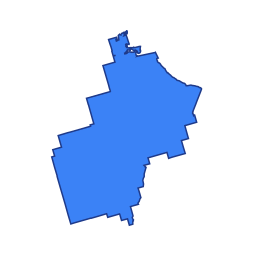 Benito Juárez, Sonora, Mexico (Natural Earth projection), rotated 164°
{"feature_id": "50627088B53965479624602", "entity_name": "Benito Juárez", "entity_type": "district", "adm_level": 2, "iso_a3": "MEX", "parent_name": "Mexico", "parent_adm1": "Sonora", "projection": "natural_earth1", "projection_center": [-109.898, 27.098], "detail": "fine", "context": "isolated", "style": "filled", "palette": "blue", "viewbox_px": 256, "rotation_deg": 164, "n_neighbors": 0, "source": "geoboundaries", "source_scale": "gbopen_adm2", "svg_char_len": 5276}
<svg xmlns="http://www.w3.org/2000/svg" viewBox="0 0 256 256"><g transform="rotate(164 128 128)"><path d="M153.5,34.2L149.9,34.2L149.1,37.2L148.5,37.2L148.2,38.1L148.4,38.1L148.6,40.8L148.2,41.3L147.7,41.8L147.4,42.0L147.3,51.8L139.0,51.8L139.2,52.7L138.7,53.5L137.8,54.1L137.4,54.5L136.0,56.6L134.8,57.5L134.8,64.3L134.9,67.5L129.5,67.5L129.2,68.2L128.5,69.9L128.2,73.6L127.4,75.0L126.9,75.7L126.3,76.3L125.9,76.7L125.7,77.3L125.1,79.4L122.7,83.3L121.6,85.0L122.1,85.4L121.8,85.9L122.1,86.2L122.9,87.7L117.0,87.6L117.0,93.8L103.7,93.8L97.3,93.8L97.3,87.6L96.0,87.7L93.6,87.8L80.0,87.7L80.1,93.8L80.1,97.8L80.1,101.2L72.8,101.2L72.8,104.6L72.7,114.6L60.4,114.6L60.4,122.1L60.8,122.2L61.1,122.1L61.5,121.9L61.4,122.7L61.4,123.2L61.5,123.6L61.7,123.8L61.9,124.0L61.7,124.5L61.1,125.6L61.3,125.7L61.1,126.0L56.4,132.1L55.0,134.0L54.8,134.3L53.5,136.0L48.0,143.2L46.5,145.3L46.6,145.7L46.7,146.1L47.2,146.6L47.3,146.8L47.6,147.0L47.8,147.0L48.1,147.1L48.4,147.4L48.7,148.0L49.1,148.4L49.3,148.5L49.8,148.8L50.0,148.8L50.6,149.2L51.1,149.4L52.0,150.1L52.3,150.2L53.4,150.7L53.9,151.0L54.3,151.0L54.7,151.3L55.3,151.7L56.1,152.0L58.5,152.2L59.1,152.3L59.4,152.3L59.7,152.5L60.4,152.6L60.5,153.4L60.8,154.3L61.0,154.8L61.3,155.3L61.8,155.6L62.7,156.0L62.8,156.3L63.3,156.7L63.5,156.8L64.1,157.5L65.0,158.4L65.4,159.0L66.3,159.6L66.7,159.8L67.1,160.0L67.7,160.3L67.9,160.9L68.2,161.3L68.5,162.0L69.0,162.4L69.8,163.4L70.0,163.8L71.0,164.4L71.4,164.9L71.7,165.5L72.2,166.3L72.4,166.9L72.7,167.3L73.0,167.7L73.3,168.1L73.5,168.5L73.9,169.0L74.1,169.3L74.2,169.8L74.5,170.1L75.0,170.2L75.0,170.3L76.0,173.2L76.0,174.1L76.1,174.5L76.2,174.8L76.4,175.2L77.0,175.6L77.3,176.1L77.8,177.2L78.3,178.0L78.7,178.7L79.0,179.5L79.1,180.2L79.4,180.9L79.7,181.5L79.8,181.5L80.3,182.2L80.7,182.4L81.0,182.9L81.3,183.4L81.4,183.7L81.2,184.3L81.4,185.2L81.4,185.6L81.3,186.6L81.1,186.9L80.7,187.0L80.1,186.9L79.7,186.9L80.8,193.2L81.0,193.1L99.2,194.4L99.0,194.5L99.1,194.8L99.3,195.0L99.5,194.9L99.8,195.2L100.0,195.3L100.1,195.6L100.1,196.1L100.1,196.7L100.0,197.2L99.5,198.2L99.1,198.6L99.0,198.9L99.3,199.0L99.6,199.1L100.0,199.0L100.4,199.1L100.6,199.4L101.3,199.6L101.6,199.3L101.8,199.3L102.0,199.4L102.6,199.6L102.8,199.6L103.0,199.6L103.4,199.9L103.5,199.9L103.8,199.8L104.0,199.9L104.1,200.0L104.4,200.2L105.0,200.5L105.7,200.9L106.1,200.9L106.6,200.9L106.8,200.9L107.0,201.0L107.4,201.1L107.5,201.0L107.8,200.5L108.5,200.1L109.0,200.0L109.3,200.1L109.6,200.1L109.7,200.3L109.8,200.3L109.8,200.2L110.1,200.2L110.4,200.1L110.6,200.1L110.6,200.8L110.4,200.8L110.0,201.0L109.8,201.1L109.7,201.2L108.6,201.8L108.4,202.0L108.2,201.8L108.0,202.0L107.8,202.1L107.6,202.2L107.5,202.5L107.4,202.9L107.3,203.1L107.0,203.3L104.5,202.1L104.2,203.3L102.7,202.8L101.7,201.6L100.7,200.8L99.7,201.0L99.6,200.7L99.1,200.6L98.8,200.3L98.5,200.1L98.3,199.8L98.1,199.4L97.9,198.6L97.9,197.9L98.0,197.6L98.0,197.4L97.4,196.9L97.1,196.8L96.8,196.8L96.6,196.8L95.9,197.2L95.7,197.1L95.0,197.8L94.8,198.3L94.6,198.6L94.6,198.9L94.7,199.1L94.8,199.3L94.7,199.3L94.6,199.6L94.6,199.9L94.4,201.1L93.5,203.0L93.9,203.2L94.5,203.2L94.8,203.3L96.6,203.3L98.0,203.4L98.3,203.3L98.7,203.3L99.2,203.5L100.0,203.8L100.3,204.0L100.4,203.6L103.8,204.7L105.0,204.7L106.8,205.6L106.4,206.0L106.3,206.3L106.5,206.4L106.9,206.4L107.1,206.5L107.3,206.5L107.5,206.7L107.6,206.9L107.5,207.0L107.3,207.1L107.0,207.4L106.3,207.5L106.2,207.6L106.3,207.7L106.5,207.7L106.7,207.8L106.7,208.0L106.9,208.1L106.9,208.3L107.1,208.5L107.2,208.4L107.3,208.4L107.3,208.8L107.2,209.0L106.9,209.1L106.7,209.0L106.5,208.8L106.3,208.9L106.3,209.2L106.2,209.2L106.3,208.9L106.4,208.7L106.5,208.6L106.3,208.3L106.2,208.2L105.5,208.5L105.4,208.4L105.3,208.5L104.9,208.4L104.6,208.5L104.6,208.4L104.3,208.2L104.2,208.2L104.1,208.3L103.8,208.2L103.7,208.0L103.6,207.9L103.4,207.8L103.5,207.9L103.7,208.4L103.8,209.4L103.9,211.9L104.0,215.6L104.1,216.5L104.1,217.1L104.1,217.5L104.3,217.9L104.5,218.2L105.1,218.1L105.3,218.0L105.3,217.9L106.4,217.8L106.2,218.0L106.0,218.3L105.9,218.9L105.7,219.2L105.4,219.1L104.9,219.1L104.6,219.4L104.4,219.4L103.9,219.3L103.1,218.8L102.9,218.9L102.5,219.7L102.3,220.7L102.1,221.3L102.2,221.6L102.6,221.8L102.8,221.6L102.8,221.3L102.9,221.2L103.6,221.1L103.9,221.1L104.0,221.1L104.0,220.7L104.4,220.6L104.7,220.6L104.8,220.4L105.1,220.4L105.2,220.1L105.3,220.0L105.7,219.9L105.9,220.1L106.0,220.4L106.0,220.7L105.8,220.8L105.7,220.9L105.7,221.1L105.9,221.1L106.1,221.1L106.8,220.8L107.3,220.6L107.8,220.6L108.0,220.7L108.5,220.3L109.0,219.9L109.2,219.7L109.2,219.4L109.5,219.5L110.2,220.0L110.3,220.4L111.8,219.7L112.5,215.2L114.3,215.2L114.3,214.9L115.2,214.8L115.2,216.4L114.0,215.9L114.0,218.4L122.3,218.4L122.2,214.2L122.0,210.8L122.0,206.7L122.4,206.4L122.4,201.5L119.9,201.3L122.4,201.1L122.4,194.9L134.9,194.9L134.8,174.8L134.9,171.5L134.8,168.3L135.0,168.2L135.1,167.9L159.7,168.0L159.7,161.5L159.6,161.3L159.7,141.4L163.5,141.4L163.5,140.0L184.6,140.0L187.3,140.1L197.2,140.0L197.2,127.9L206.3,127.9L206.3,121.2L209.3,121.2L209.3,117.9L209.4,110.9L209.3,101.3L209.5,101.0L209.5,87.7L209.4,71.6L209.5,60.9L209.4,51.5L206.2,51.6L197.1,51.6L188.6,51.6L188.2,51.4L181.6,51.4L172.2,51.5L172.1,47.7L159.8,47.7L159.7,46.5L159.7,40.9L153.5,40.8L153.5,34.2Z" fill="#3b82f6" stroke="#1e3a8a" stroke-width="1.5"/></g></svg>